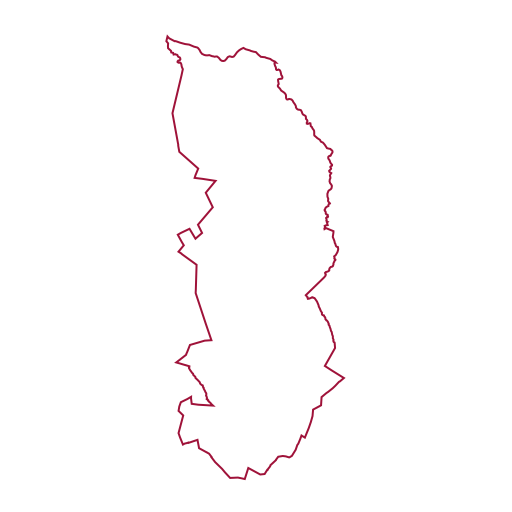 outline of Matobo, Matabeleland South, Zimbabwe, rotated 178°
{"feature_id": "62879985B11044582115440", "entity_name": "Matobo", "entity_type": "district", "adm_level": 2, "iso_a3": "ZWE", "parent_name": "Zimbabwe", "parent_adm1": "Matabeleland South", "projection": "mercator", "projection_center": [28.344, -20.969], "detail": "fine", "context": "isolated", "style": "outline", "palette": "rose", "viewbox_px": 512, "rotation_deg": 178, "n_neighbors": 0, "source": "geoboundaries", "source_scale": "gbopen_adm2", "svg_char_len": 6107}
<svg xmlns="http://www.w3.org/2000/svg" viewBox="0 0 512 512"><g transform="rotate(178 256 256)"><path d="M259.4,37.5L255.0,37.8L252.5,41.5L252.4,41.4L251.9,41.7L251.3,42.9L249.7,44.7L249.1,45.6L248.9,46.4L243.2,51.3L243.2,51.6L240.8,54.6L236.2,55.2L233.2,54.7L230.0,53.6L229.6,53.6L227.1,55.0L223.1,61.0L221.3,65.7L220.3,66.9L218.2,71.5L216.8,75.0L213.5,72.8L209.2,82.4L207.0,88.1L205.1,94.0L204.3,100.5L196.2,104.5L195.4,112.7L190.4,116.6L188.6,117.7L183.9,121.2L181.3,123.5L177.4,127.4L176.6,127.7L172.4,131.0L184.3,139.0L191.0,143.7L180.2,161.3L180.4,165.9L180.5,166.8L181.3,167.3L181.6,168.1L181.7,168.6L181.5,168.9L181.4,169.4L182.1,171.3L182.0,172.1L182.0,173.2L182.6,174.7L183.0,177.4L183.6,178.4L183.9,179.5L184.0,180.4L184.7,182.3L185.0,183.8L185.8,184.8L185.7,186.0L186.2,186.8L186.3,187.4L187.0,188.5L187.5,189.1L188.0,189.3L188.1,189.7L188.8,190.4L188.9,191.8L189.1,192.4L189.9,193.2L190.1,194.2L190.8,194.5L191.1,194.5L191.6,194.7L192.1,195.3L192.2,196.0L192.0,196.9L193.2,198.9L194.1,201.4L195.0,203.2L195.2,204.6L196.6,208.3L198.8,211.7L199.2,212.0L200.5,212.3L200.8,212.8L201.4,212.8L202.5,212.2L204.6,211.5L205.7,211.4L205.8,211.7L205.8,212.9L206.6,213.6L206.8,214.1L207.6,215.1L188.6,232.3L187.3,233.8L186.9,234.9L187.1,235.8L187.3,235.7L187.6,236.7L186.8,237.5L185.5,237.8L184.1,238.3L183.3,239.0L183.3,240.1L182.8,241.3L181.7,242.4L180.0,242.8L179.4,243.4L179.4,243.8L178.9,244.6L178.9,245.8L178.3,247.2L177.9,247.6L177.5,248.9L176.9,249.1L176.7,249.4L176.8,249.7L177.8,250.8L177.6,251.9L177.9,252.9L176.3,254.1L174.5,257.0L173.9,258.7L173.6,260.0L173.8,261.9L173.9,262.2L174.5,262.2L175.1,262.5L175.7,263.2L176.1,264.5L176.2,265.2L176.8,266.3L177.1,268.2L178.6,272.4L177.8,276.7L177.7,278.1L185.0,281.4L186.6,280.5L186.7,281.1L185.9,282.5L186.3,283.6L185.8,283.8L185.7,284.0L184.5,284.3L183.3,284.4L183.8,286.5L183.8,286.8L183.3,287.4L184.0,287.5L184.0,287.8L183.9,288.1L184.4,288.7L184.1,289.0L184.1,289.5L184.3,290.2L184.3,291.0L184.6,291.3L184.6,291.6L183.8,292.1L183.6,292.6L182.9,292.4L182.6,293.1L182.9,293.8L182.9,294.6L183.0,294.7L184.4,295.3L184.8,296.0L184.8,297.4L185.0,298.1L185.4,298.4L185.8,299.1L185.8,299.4L185.6,299.7L185.7,300.0L185.2,300.7L184.8,301.7L183.8,302.6L181.9,303.4L181.8,304.6L181.6,305.0L181.4,305.4L180.3,305.9L180.4,306.2L181.7,307.7L182.1,308.5L181.8,310.7L182.5,312.7L182.5,315.6L181.4,318.4L180.4,319.3L179.4,319.8L178.5,320.6L178.1,321.3L177.7,323.4L178.3,324.8L179.4,326.2L179.9,328.0L179.6,329.9L179.1,330.8L178.9,331.4L179.0,332.5L179.3,333.5L179.3,333.9L179.1,334.5L177.9,336.2L179.5,337.3L179.8,337.9L179.9,338.6L178.0,340.4L177.9,341.0L178.6,342.1L178.6,342.6L178.3,342.9L176.9,343.7L176.8,344.5L178.4,346.6L179.1,349.0L180.3,350.8L180.4,351.8L180.2,352.7L179.3,353.4L178.8,353.6L178.1,353.5L177.8,353.8L177.4,354.8L176.0,356.8L175.9,357.9L176.1,358.5L176.4,358.9L177.2,359.5L177.9,360.4L179.7,360.8L181.3,361.3L183.4,364.8L184.8,366.6L185.3,367.1L187.0,367.9L187.4,368.5L188.1,369.9L190.8,371.8L190.9,372.0L193.4,374.3L193.6,374.9L193.5,377.9L193.6,379.2L194.0,380.0L195.1,381.5L195.6,382.9L196.4,383.5L196.7,383.9L197.0,386.7L197.9,386.9L199.6,386.2L200.6,386.5L200.6,387.6L199.9,388.9L199.9,389.3L200.4,390.4L201.3,391.3L201.3,393.5L201.7,394.3L204.1,395.8L204.7,396.8L205.2,398.5L206.0,400.1L207.2,400.6L208.8,400.8L210.1,401.7L210.9,403.1L210.9,404.3L211.7,406.1L213.2,408.3L214.0,410.0L215.1,411.2L217.2,411.8L217.6,411.8L218.5,411.4L219.4,411.3L219.9,411.7L220.3,412.4L220.5,413.5L220.4,414.6L220.5,415.9L221.2,417.3L222.4,418.5L225.1,420.5L226.2,422.4L228.1,424.5L228.2,424.8L228.2,425.8L227.3,427.1L227.8,430.3L227.8,431.5L227.5,431.8L226.8,432.1L224.0,432.3L223.7,432.6L223.4,433.2L223.4,434.0L223.7,434.9L224.4,435.9L225.0,439.2L225.6,440.7L226.9,441.6L228.1,441.2L228.9,441.2L229.4,441.8L229.6,443.9L230.2,445.1L230.8,447.2L230.8,448.2L230.5,448.8L229.3,448.6L230.2,449.6L232.9,450.9L234.8,452.4L235.4,452.6L238.9,453.7L240.0,454.3L244.2,454.9L246.7,457.2L249.0,459.8L251.0,460.2L253.9,461.1L255.0,461.7L259.1,463.0L261.3,464.4L263.6,463.4L265.6,462.2L267.5,460.6L268.0,460.1L270.0,457.5L271.3,456.1L272.3,455.8L273.2,455.8L275.3,456.5L276.0,456.3L277.0,455.9L277.4,455.6L278.7,453.9L280.4,452.3L281.8,452.0L283.2,452.2L284.6,453.1L286.3,455.4L287.9,456.7L288.8,456.8L290.5,456.6L291.6,457.0L292.8,457.2L295.7,458.4L297.3,458.2L299.0,458.3L300.6,458.7L302.9,459.9L304.4,462.0L305.1,463.7L306.6,465.8L307.4,466.4L310.7,467.4L315.4,469.6L319.5,470.3L324.3,471.8L327.9,473.2L329.2,473.6L329.8,473.5L335.2,476.6L336.8,478.5L338.1,473.8L336.4,471.6L336.7,468.8L336.6,466.7L333.8,464.0L333.6,462.4L331.7,461.9L331.3,460.2L329.6,460.5L329.0,460.1L328.0,459.9L327.5,459.5L327.1,458.3L326.6,457.7L325.4,457.2L324.9,456.5L324.7,455.3L325.4,454.2L326.9,454.0L327.6,453.2L327.6,452.5L326.7,451.9L326.2,451.8L325.1,451.9L324.4,451.4L323.9,450.1L323.7,448.4L323.4,447.2L322.6,445.3L324.2,438.9L334.5,401.6L329.8,369.7L329.9,369.0L329.0,362.8L310.7,345.4L313.7,338.8L314.6,336.2L307.0,335.0L293.8,332.5L304.0,321.0L297.5,306.2L312.9,289.3L309.1,280.9L315.9,275.4L321.5,285.5L330.2,281.7L333.4,280.0L329.9,273.0L327.8,269.2L333.3,263.0L330.4,261.0L330.2,260.6L315.7,249.3L317.3,224.6L317.6,221.1L308.6,190.2L303.5,173.4L310.2,173.2L325.1,169.4L328.4,161.8L328.9,161.0L329.3,159.7L339.4,152.4L326.4,148.1L326.5,147.2L326.9,146.9L326.9,146.3L325.8,144.2L324.7,142.6L324.1,141.6L323.0,140.5L322.8,139.3L320.9,137.4L320.7,136.2L318.7,134.2L316.6,131.8L316.3,130.5L315.8,129.9L314.7,128.9L314.0,128.7L313.7,128.5L313.6,127.0L312.9,126.2L313.0,125.5L311.6,122.7L311.2,121.6L310.5,120.5L310.5,119.4L310.8,118.1L310.4,117.7L310.0,116.3L310.1,115.8L309.8,115.1L310.2,114.7L309.9,114.4L308.9,113.7L309.0,113.1L308.4,112.7L307.8,111.7L306.8,111.0L306.0,109.8L304.2,108.0L318.9,109.4L325.4,110.5L325.9,116.1L325.8,117.5L329.7,115.4L336.2,112.5L337.9,108.3L338.8,103.9L334.3,99.2L339.6,81.7L338.3,77.5L335.6,70.1L333.9,71.0L331.9,71.4L330.1,71.9L330.0,71.6L320.9,74.3L319.6,65.9L309.8,60.1L307.4,56.7L307.6,56.5L304.0,51.4L297.3,44.4L294.6,40.9L289.6,35.1L281.8,35.2L275.0,33.5L271.1,44.4L259.4,37.5Z" fill="none" stroke="#9f1239" stroke-width="2"/></g></svg>